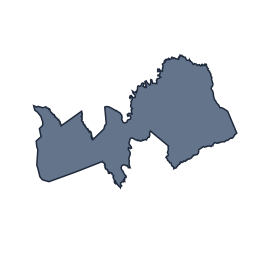 Mpongwe, Copperbelt, Zambia (Equal Earth projection), rotated 339°
{"feature_id": "96606910B43712843056023", "entity_name": "Mpongwe", "entity_type": "district", "adm_level": 2, "iso_a3": "ZMB", "parent_name": "Zambia", "parent_adm1": "Copperbelt", "projection": "equal_earth", "projection_center": [27.957, -13.579], "detail": "fine", "context": "isolated", "style": "filled", "palette": "slate", "viewbox_px": 256, "rotation_deg": 339, "n_neighbors": 0, "source": "geoboundaries", "source_scale": "gbopen_adm2", "svg_char_len": 5835}
<svg xmlns="http://www.w3.org/2000/svg" viewBox="0 0 256 256"><g transform="rotate(339 128 128)"><path d="M227.7,171.8L227.0,148.1L224.0,143.9L222.7,142.7L221.0,141.8L220.9,139.2L219.7,136.5L219.5,134.1L219.0,132.7L219.2,129.0L219.9,127.0L220.3,124.0L219.6,121.5L220.5,119.9L221.7,119.3L222.7,118.1L223.1,117.2L223.5,112.3L224.4,111.0L224.0,109.0L224.6,107.8L224.5,106.1L224.1,105.6L224.4,104.4L223.4,102.4L224.2,101.3L223.6,100.4L223.7,98.9L223.4,98.2L224.0,96.7L223.2,96.1L223.0,97.0L222.1,97.1L222.0,96.2L221.1,96.5L220.1,95.6L220.0,95.1L219.5,95.3L219.4,96.0L218.9,95.6L218.1,96.1L217.3,95.2L217.4,94.5L215.7,94.2L215.2,94.4L214.7,92.8L213.5,92.2L213.3,91.7L211.7,92.0L211.1,89.4L210.3,88.3L210.2,87.3L209.7,87.0L209.7,86.6L209.4,87.1L208.8,86.3L207.4,86.0L206.9,85.2L206.8,82.5L206.1,82.4L204.9,80.7L204.5,80.8L204.3,79.7L203.9,79.8L203.6,79.3L203.3,79.5L202.8,78.7L202.0,79.8L201.7,79.5L201.1,79.9L201.0,80.6L200.5,80.5L200.1,81.7L199.4,81.9L198.7,81.0L197.6,80.8L196.5,79.2L195.6,79.5L195.0,78.1L194.3,77.6L194.0,77.7L194.1,78.3L193.4,79.0L191.9,78.9L191.1,77.8L190.6,78.8L189.9,77.9L189.2,77.7L188.4,78.6L187.5,77.6L186.6,78.4L186.0,78.4L185.8,78.8L186.1,78.8L186.3,79.8L183.0,80.7L182.9,82.9L181.3,85.2L180.4,87.4L178.9,86.3L178.2,84.1L176.9,83.7L176.0,85.5L176.1,86.2L177.7,86.1L178.2,87.2L177.1,89.0L176.0,89.5L175.0,89.3L174.6,89.9L176.3,91.1L176.7,92.2L176.0,92.0L175.3,92.8L172.8,92.5L172.3,93.5L171.6,93.6L171.4,95.3L170.7,96.9L168.7,95.7L167.0,95.3L167.4,91.7L166.8,91.0L166.2,91.4L166.3,92.3L164.3,95.6L163.3,95.4L161.9,91.7L161.8,90.5L160.4,90.7L160.2,94.9L159.4,95.3L160.0,96.2L159.3,96.7L158.9,96.6L159.0,95.6L158.1,95.9L157.0,94.4L158.9,92.4L158.3,91.5L157.4,91.2L156.2,91.9L155.4,93.2L154.1,93.4L152.7,92.3L151.9,92.7L150.4,95.8L149.5,96.2L149.3,97.3L148.7,97.4L148.5,97.8L148.3,96.9L147.2,97.4L146.6,96.9L145.4,95.2L145.3,97.7L146.4,99.5L145.9,101.9L144.0,101.7L143.3,100.7L142.7,98.8L141.7,98.7L140.8,99.6L140.3,100.5L140.5,101.1L141.3,100.1L141.9,100.0L142.3,100.4L142.3,102.8L140.1,104.5L140.0,106.2L138.5,107.9L138.3,110.0L139.1,111.5L137.6,112.0L137.5,113.2L136.8,114.7L136.9,116.3L136.5,116.5L136.0,115.7L134.1,114.6L132.2,115.1L132.0,116.3L132.1,117.0L133.7,116.8L134.5,117.7L134.3,119.4L133.5,120.5L130.4,120.5L128.9,122.2L126.5,122.0L125.6,121.2L125.1,117.8L126.1,116.5L126.7,113.8L125.7,110.5L124.9,110.0L123.5,107.6L122.8,107.7L122.1,106.4L117.8,101.4L115.5,100.2L113.8,100.1L109.2,116.3L107.3,117.3L105.1,120.3L90.9,126.4L90.6,126.2L91.1,125.5L90.6,124.8L91.0,124.5L90.4,124.4L90.9,123.5L90.6,123.5L90.5,122.7L90.8,122.2L91.0,122.6L91.3,122.3L91.8,120.2L91.9,118.4L91.6,117.8L91.2,118.1L91.1,117.5L90.5,117.8L90.7,116.9L90.1,116.5L90.3,115.5L89.9,115.4L89.6,114.5L89.9,114.2L89.5,114.1L89.5,113.6L88.9,112.8L89.1,112.4L88.7,110.6L88.3,110.5L88.3,109.7L88.7,109.2L88.2,109.0L87.8,107.9L88.2,106.8L87.9,106.8L87.9,105.9L87.2,104.8L87.6,103.8L88.0,103.8L88.0,103.3L88.4,103.1L88.6,101.8L88.7,102.0L89.0,101.6L89.2,100.8L88.7,100.5L89.5,100.1L90.3,98.7L90.4,97.9L90.1,97.7L90.6,96.8L90.7,95.7L66.4,102.0L66.7,100.4L66.1,99.9L66.1,99.4L66.8,98.4L66.5,97.8L66.7,97.3L66.0,95.9L66.2,95.4L65.6,95.5L65.1,93.1L64.6,92.8L64.4,91.9L63.9,91.7L64.1,91.0L63.9,91.0L63.6,90.0L63.9,89.1L62.9,88.6L62.8,87.6L62.5,87.7L62.0,86.1L61.5,85.5L61.7,84.7L61.3,83.9L61.7,83.0L61.6,82.2L61.2,82.2L61.3,81.8L60.9,81.4L60.7,81.7L60.5,80.9L59.8,80.6L59.0,78.8L55.8,78.6L51.8,75.6L50.3,75.7L47.9,73.4L47.4,78.0L49.2,80.8L50.8,86.0L50.6,91.2L50.3,92.7L49.2,95.0L45.1,96.8L44.0,103.0L43.9,104.9L37.6,107.3L36.1,112.8L36.1,115.8L29.9,129.2L29.4,131.1L29.5,132.3L28.3,142.0L29.3,145.2L29.9,146.0L35.0,149.8L63.6,150.3L92.2,150.1L92.1,150.9L93.3,152.3L93.1,152.6L93.6,153.9L92.7,154.5L93.1,155.6L92.2,156.8L92.6,157.6L92.5,158.3L93.7,159.2L93.8,159.8L93.5,160.1L94.0,161.0L93.8,161.6L94.3,161.9L93.5,163.0L93.8,163.4L94.5,163.2L94.5,163.7L95.1,163.7L95.4,163.3L96.7,164.1L96.5,165.6L97.1,166.4L97.4,167.6L96.4,168.4L96.6,169.0L96.4,169.8L96.6,172.3L97.3,172.9L97.3,173.5L96.9,173.0L96.5,173.2L96.4,174.0L96.0,173.7L96.0,174.9L96.7,175.9L97.3,175.6L97.9,176.6L98.5,179.0L99.5,179.9L99.3,180.5L99.5,181.1L100.0,180.3L101.4,179.7L100.8,178.1L101.5,176.7L103.7,175.9L104.1,176.6L105.1,175.5L105.3,176.3L105.8,176.7L105.9,176.1L105.3,175.3L105.5,174.4L106.5,174.8L107.2,173.1L108.3,173.5L108.7,173.2L109.0,172.2L107.9,169.6L107.9,167.0L107.1,164.2L107.4,162.6L108.4,161.3L109.5,160.8L111.2,160.9L113.1,162.8L114.0,163.0L114.1,165.2L115.8,165.9L115.7,164.8L116.3,161.5L117.5,158.9L117.6,157.1L120.8,153.1L121.2,151.4L120.7,148.0L120.9,147.1L121.6,146.5L122.8,148.1L124.1,148.0L124.2,146.6L123.4,143.8L123.4,142.7L126.2,138.8L127.5,138.5L128.7,139.1L130.8,141.8L131.8,142.2L132.2,143.1L133.1,142.9L133.2,143.5L134.3,143.9L134.7,144.7L136.7,145.0L137.6,144.4L137.9,144.9L140.1,145.0L140.9,145.7L141.2,145.2L142.1,144.9L143.4,143.8L144.5,144.2L145.8,142.4L146.3,140.6L147.8,138.8L159.3,159.3L158.5,160.2L158.4,161.3L157.5,163.3L156.0,165.0L156.2,166.8L155.7,167.9L155.2,168.3L154.2,168.2L152.9,169.0L153.6,171.1L153.4,172.3L154.2,173.7L154.5,175.6L155.7,176.2L155.3,178.6L155.9,179.9L156.5,180.3L156.7,181.1L156.2,181.7L156.2,182.5L157.0,182.0L158.2,182.6L160.7,181.2L161.2,180.6L163.1,180.3L163.7,179.9L164.2,178.7L164.6,178.7L164.8,179.3L165.7,178.9L166.2,179.5L167.8,179.3L168.2,178.8L169.7,179.7L170.7,179.0L171.5,179.2L171.8,178.7L172.7,178.4L174.0,179.0L176.7,178.6L178.1,177.4L179.2,177.4L179.4,176.9L183.1,177.6L184.5,176.8L185.5,175.5L185.7,174.5L186.4,173.6L191.6,172.4L192.7,173.4L194.2,173.2L194.8,173.6L195.2,173.4L197.5,173.9L198.9,175.1L200.2,174.5L200.9,174.9L201.2,174.0L203.9,172.6L205.2,174.0L206.3,173.9L206.8,174.5L207.8,174.1L208.2,174.5L210.6,174.5L213.3,175.5L214.5,174.9L217.4,175.2L218.1,174.7L220.6,174.2L221.5,174.9L222.9,174.4L225.4,172.5L227.7,171.8Z" fill="#64748b" stroke="#1e293b" stroke-width="1.5"/></g></svg>